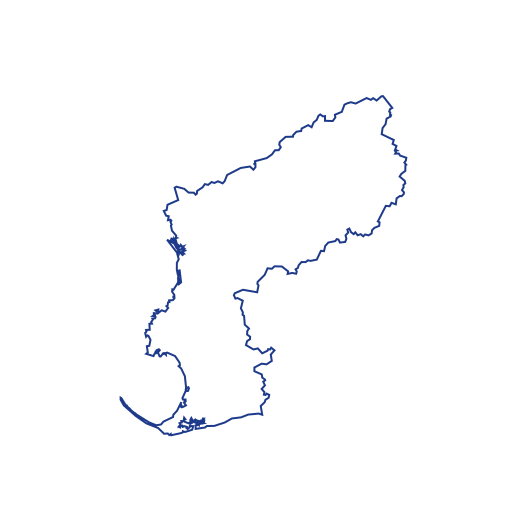 outline of Tasman District, Tasman District, New Zealand, rotated 207°
{"feature_id": "76426892B40420864534448", "entity_name": "Tasman District", "entity_type": "district", "adm_level": 2, "iso_a3": "NZL", "parent_name": "New Zealand", "parent_adm1": "Tasman District", "projection": "albers", "projection_center": [172.761, -41.402], "detail": "fine", "context": "isolated", "style": "outline", "palette": "blue", "viewbox_px": 512, "rotation_deg": 207, "n_neighbors": 0, "source": "geoboundaries", "source_scale": "gbopen_adm2", "svg_char_len": 6030}
<svg xmlns="http://www.w3.org/2000/svg" viewBox="0 0 512 512"><g transform="rotate(207 256 256)"><path d="M342.3,240.4L336.3,237.9L335.8,236.0L334.9,236.1L335.9,235.1L332.0,230.8L328.4,230.2L327.5,230.6L327.8,231.7L325.8,230.8L324.9,231.8L325.1,230.7L323.4,230.2L326.6,228.5L321.8,228.5L323.7,226.3L321.1,225.4L322.4,224.3L321.2,223.2L325.8,225.0L325.5,222.1L326.6,223.2L327.1,222.1L323.4,218.1L323.4,214.0L320.3,207.8L317.2,203.9L315.5,202.2L318.8,207.4L317.5,208.5L310.8,198.5L312.5,194.7L312.4,197.0L313.4,197.6L314.2,188.4L315.4,188.3L314.6,186.2L311.1,184.2L309.4,181.2L310.1,178.9L313.3,177.0L312.2,175.7L313.3,174.7L312.3,171.7L313.0,170.7L310.7,169.9L311.5,165.3L315.4,164.8L317.6,160.0L321.1,158.7L320.1,156.7L320.7,155.7L319.4,156.2L319.6,157.1L319.4,157.5L317.7,155.9L317.7,154.6L319.9,153.2L319.0,152.5L319.4,149.5L318.0,148.5L320.2,147.2L317.2,142.0L320.4,140.2L319.3,138.9L319.8,137.1L317.2,134.1L316.6,136.0L315.3,135.9L311.9,133.3L310.3,127.5L312.3,126.1L308.6,120.9L309.4,119.0L301.9,120.3L302.0,123.2L300.1,124.6L301.8,123.9L302.1,125.5L300.8,126.4L301.6,127.2L300.2,128.8L299.0,128.4L299.6,125.5L296.3,122.8L295.3,123.2L294.5,127.4L293.5,127.9L293.3,127.3L292.9,127.7L292.1,127.2L291.8,127.2L292.6,128.0L291.6,127.4L292.1,128.8L291.3,129.6L282.7,130.1L275.7,126.3L274.2,124.1L274.9,122.7L271.6,121.8L264.8,116.6L258.5,106.9L257.9,104.8L257.3,104.1L258.0,106.8L256.7,108.4L255.7,107.7L255.3,105.0L257.4,103.4L257.0,95.9L256.0,95.0L253.7,96.1L253.5,95.3L253.2,95.2L252.9,94.7L252.7,94.3L253.5,92.6L250.6,91.1L252.7,88.2L254.2,87.0L253.6,87.7L254.8,87.6L254.1,89.6L255.5,88.1L256.2,91.9L256.1,82.2L257.6,77.0L256.8,74.9L263.3,66.4L264.1,62.8L268.0,59.9L275.6,59.2L291.7,60.6L300.1,62.5L304.1,64.5L303.1,63.9L304.4,64.0L311.4,68.2L312.3,68.3L311.4,66.5L306.0,62.9L290.6,58.9L277.7,57.1L265.1,58.3L257.2,55.9L254.0,57.8L252.0,57.1L251.2,58.6L250.7,57.7L250.3,57.7L242.6,64.0L241.1,65.7L241.5,66.7L239.4,66.9L234.0,72.2L234.7,75.9L237.8,74.5L237.3,73.4L238.4,70.9L239.9,71.2L239.9,72.3L242.3,72.0L244.2,69.8L243.4,71.3L244.6,71.5L246.1,69.9L245.7,68.8L247.4,68.6L246.8,71.5L248.2,72.3L246.6,74.0L247.6,75.0L245.6,76.1L246.6,79.3L245.1,78.6L245.8,78.2L244.6,75.9L238.4,76.5L237.0,78.7L237.5,79.7L239.3,78.3L238.7,80.1L240.1,80.1L240.1,82.3L236.9,80.2L235.9,82.8L234.4,82.7L236.4,80.1L235.1,79.9L232.6,81.2L232.1,82.4L233.4,81.9L232.4,82.9L231.5,82.3L231.3,84.1L231.2,82.4L230.7,82.4L230.0,85.5L230.2,83.1L228.4,84.2L228.6,86.8L229.3,86.4L229.5,87.1L228.4,87.6L228.0,84.7L227.3,85.4L227.1,84.5L227.9,83.4L226.5,83.4L230.6,80.3L230.2,79.5L231.7,80.0L233.0,79.7L231.2,78.8L232.9,77.7L231.3,74.5L223.5,80.1L222.6,82.2L216.0,85.7L208.3,93.4L203.7,100.3L196.0,105.5L190.9,111.2L182.1,116.8L178.4,117.4L183.7,124.5L181.9,129.6L182.3,132.2L180.4,135.4L181.2,138.3L184.1,138.2L184.4,136.5L186.0,136.0L186.7,138.5L190.6,140.1L189.3,144.8L192.5,147.3L191.4,149.4L192.0,150.0L195.2,150.5L197.1,153.1L205.1,152.6L206.8,155.9L202.1,162.6L197.4,164.3L194.3,169.7L198.1,174.9L196.7,180.3L200.9,181.2L201.0,179.1L202.9,178.5L202.7,176.9L206.3,172.1L212.4,174.5L215.8,171.6L224.5,172.1L225.3,176.1L223.6,179.2L224.6,181.4L228.3,182.0L229.7,185.2L229.3,188.2L234.8,189.7L239.5,197.3L241.3,197.5L242.1,199.8L245.7,202.5L247.5,210.2L253.4,210.1L255.0,208.7L257.9,211.0L258.0,213.2L252.3,220.0L238.5,224.2L240.4,230.9L242.1,231.8L242.8,233.7L239.7,243.1L240.1,250.3L236.1,251.8L234.8,255.2L228.2,258.4L220.4,256.9L219.7,254.4L216.0,257.4L212.2,258.4L212.6,260.6L214.7,262.1L213.3,264.3L213.8,267.1L212.7,271.3L209.0,273.1L207.8,275.7L205.2,276.4L200.2,280.4L200.5,290.1L197.6,291.2L198.9,296.4L197.7,300.8L192.1,305.3L191.7,307.7L190.0,308.1L187.3,306.1L182.9,309.0L183.3,312.4L185.6,315.1L184.5,318.7L186.6,321.0L185.3,322.8L182.2,320.4L178.9,319.8L178.3,322.2L174.8,320.6L172.6,323.0L169.4,322.2L168.6,324.7L165.1,325.5L163.2,328.5L164.3,331.7L163.3,334.8L159.9,338.8L161.2,342.1L163.1,342.1L163.1,359.6L159.5,361.0L159.4,364.9L154.9,365.5L156.9,371.2L155.0,374.8L153.4,375.4L152.5,378.3L153.1,379.9L155.8,381.0L155.7,384.4L156.9,386.1L156.0,388.5L157.6,390.5L164.1,392.0L163.8,395.2L161.6,399.6L164.1,404.8L163.6,405.5L166.2,406.6L165.8,409.2L166.7,411.8L173.1,410.9L175.3,412.1L178.4,410.4L178.3,411.9L179.8,412.8L178.3,414.0L180.3,414.1L180.8,417.8L185.2,417.9L185.9,421.9L199.3,421.6L201.3,427.5L200.4,432.3L202.0,437.7L199.4,441.4L199.6,442.8L200.6,442.5L201.5,444.8L202.9,445.2L203.2,447.7L201.8,449.8L215.4,456.1L216.7,455.3L219.1,449.3L223.3,449.8L224.5,447.3L229.2,446.9L236.4,437.1L241.2,436.1L244.0,433.5L245.9,431.0L245.0,423.4L249.8,417.7L248.2,415.4L248.9,411.1L255.9,407.8L258.0,412.0L259.7,410.8L263.0,411.3L264.0,409.3L263.7,404.8L265.3,401.2L264.9,396.0L268.9,396.3L273.2,390.3L272.5,387.9L276.4,385.1L277.8,380.6L277.2,379.1L283.7,375.6L286.6,368.2L285.8,365.7L283.3,364.2L283.8,360.6L287.1,358.8L287.9,353.8L290.9,348.1L300.0,339.9L298.9,338.1L299.8,336.6L298.3,337.8L296.8,334.8L297.5,331.7L302.0,333.0L309.6,327.5L318.5,315.1L317.9,308.3L318.7,305.6L323.8,305.3L326.2,302.2L329.2,301.7L330.9,297.7L334.2,296.8L334.8,292.9L338.0,287.2L337.0,284.7L337.7,283.2L340.1,284.2L344.9,281.9L350.4,283.3L358.4,281.6L359.5,279.9L350.7,270.5L358.1,261.5L356.5,256.4L358.6,254.3L354.4,251.1L351.8,251.8L350.7,247.9L348.7,249.5L347.4,248.9L347.7,247.5L345.4,245.7L345.6,244.4L342.3,240.4ZM342.6,230.1L327.6,223.0L326.7,223.9L328.2,224.3L326.6,225.4L330.8,227.3L334.4,229.9L342.6,230.1ZM327.9,226.2L327.1,226.7L328.1,226.7L328.5,228.4L331.6,230.1L332.6,229.5L327.9,226.2ZM334.3,230.2L338.3,233.4L339.2,233.2L338.9,230.8L334.3,230.2ZM335.7,231.6L332.2,230.4L336.6,233.7L335.7,231.6ZM319.2,161.5L318.3,163.0L318.7,164.0L320.9,161.9L319.2,161.5ZM313.7,197.8L313.3,198.1L313.6,198.2L314.0,198.9L312.9,198.2L313.8,200.1L315.9,201.9L313.7,197.8ZM254.6,94.5L253.0,94.0L252.9,94.6L254.6,94.5ZM299.7,62.6L298.0,62.3L300.7,63.1L299.7,62.6ZM311.4,183.1L311.2,182.1L310.4,181.1L311.4,183.1ZM292.4,61.0L291.2,60.8L292.7,61.2L292.4,61.0ZM334.7,233.0L333.7,232.1L333.8,232.6L334.7,233.0Z" fill="none" stroke="#1e3a8a" stroke-width="2"/></g></svg>